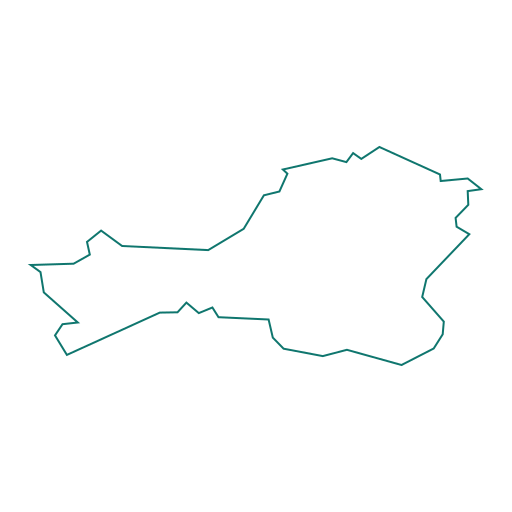 outline of Tuva
{"feature_id": "RUS-2605", "entity_name": "Tuva", "entity_type": "Republic", "adm_level": 1, "iso_a3": "RUS", "parent_name": "Russia", "parent_adm1": "", "projection": "robinson", "projection_center": [94.276, 51.727], "detail": "coarse", "context": "isolated", "style": "outline", "palette": "teal", "viewbox_px": 512, "rotation_deg": 0, "n_neighbors": 0, "source": "natural_earth", "source_scale": "10m", "svg_char_len": 717}
<svg xmlns="http://www.w3.org/2000/svg" viewBox="0 0 512 512"><path d="M469.3,234.2L426.4,279.1L422.2,297.0L443.8,321.6L442.7,334.3L433.7,348.5L401.5,365.0L346.9,349.8L322.8,356.1L283.6,348.7L272.8,337.6L268.6,319.5L218.5,317.2L212.4,307.5L198.8,313.1L186.4,302.6L177.5,312.3L159.8,312.6L66.9,354.9L55.0,335.4L62.5,324.2L77.8,322.5L43.8,292.4L40.5,272.1L30.7,265.0L73.6,263.7L89.8,254.6L87.0,241.9L101.1,230.6L122.1,246.0L208.2,250.1L243.7,228.8L263.9,195.3L279.4,191.5L287.4,173.7L282.9,169.5L332.2,158.3L346.4,162.1L353.1,153.1L361.3,158.9L379.4,147.0L440.0,174.5L440.7,181.0L467.7,178.5L481.3,189.2L467.7,191.1L468.3,204.8L455.6,217.9L456.6,226.7L469.3,234.2Z" fill="none" stroke="#0f766e" stroke-width="2"/></svg>